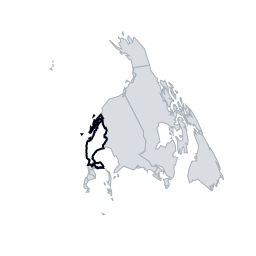 where Mexico sits in North America, rotated 64°
{"feature_id": "MEX", "entity_name": "Mexico", "entity_type": "country or territory", "adm_level": 0, "iso_a3": "MEX", "parent_name": "North America", "parent_adm1": "", "projection": "robinson", "projection_center": [-103.635, 23.63], "detail": "fine", "context": "in_parent", "style": "outline", "palette": "ink", "viewbox_px": 256, "rotation_deg": 64, "n_neighbors": 17, "source": "natural_earth", "source_scale": "50m", "svg_char_len": 13737}
<svg xmlns="http://www.w3.org/2000/svg" viewBox="0 0 256 256"><g transform="rotate(64 128 128)"><path d="M97.6,116.3L93.9,113.7L91.4,113.0L91.2,110.3L88.1,106.8L89.3,104.0L83.3,97.3L80.3,98.8L76.2,96.4L80.9,81.0L85.8,82.3L95.0,80.9L96.4,79.8L98.9,81.4L100.7,80.3L100.6,81.5L104.1,80.8L111.3,82.3L112.8,83.1L111.1,83.9L113.2,84.2L117.6,83.7L118.8,84.7L120.2,83.9L119.0,83.2L119.8,82.7L122.2,82.4L127.9,84.3L131.5,84.1L131.3,83.1L132.4,82.8L134.3,83.3L134.4,84.8L136.4,82.0L133.7,80.4L133.6,78.7L134.9,77.6L137.7,78.5L139.5,80.2L138.5,81.0L140.8,81.3L140.9,83.0L142.4,81.7L144.0,82.7L143.8,83.9L145.1,85.0L146.9,82.5L146.7,80.7L150.2,81.1L151.9,81.9L151.4,83.5L152.4,85.1L147.2,86.0L145.6,88.9L141.6,90.8L137.4,95.4L137.1,98.7L139.1,99.0L140.5,101.9L154.5,105.3L155.2,108.6L158.8,112.3L160.3,109.9L158.0,106.1L161.9,102.9L158.6,99.0L159.8,97.1L158.0,93.0L163.4,92.8L169.5,95.1L170.8,98.7L173.3,100.0L176.4,96.3L182.3,102.1L182.0,103.2L189.0,106.2L191.9,108.6L192.6,110.6L187.4,114.0L178.3,114.1L172.6,120.2L180.6,115.9L182.0,116.7L180.9,118.0L182.5,121.3L184.6,122.2L187.0,121.9L188.0,119.9L189.5,121.9L182.1,126.2L181.0,126.1L180.6,124.5L182.9,123.0L179.0,123.3L177.4,119.8L175.2,119.1L172.6,123.5L167.6,123.6L157.1,129.7L156.0,129.1L157.2,126.2L156.2,122.9L147.2,117.5L142.5,117.8L137.9,115.6L97.6,116.3ZM150.4,92.8L151.2,92.0L153.0,92.0L151.7,93.3L150.4,92.8ZM152.4,76.3L150.9,75.0L156.4,76.3L154.0,76.2L152.4,76.3ZM156.2,94.1L155.6,92.9L156.6,93.3L156.2,94.1ZM136.3,73.0L135.8,73.6L132.8,73.1L134.8,72.1L136.3,73.0ZM135.6,69.5L133.2,69.5L132.8,69.1L135.0,69.1L135.6,69.5ZM130.4,67.7L133.7,68.3L131.9,69.1L130.4,67.7ZM151.6,73.1L137.7,73.2L135.8,71.2L132.2,70.6L138.2,70.5L141.1,72.2L149.9,72.0L151.6,73.1ZM115.6,68.8L118.6,68.9L114.7,69.2L115.6,68.8ZM117.0,67.7L118.9,68.0L115.9,68.3L117.0,67.7ZM193.1,112.1L192.2,114.8L197.2,115.8L197.1,117.2L198.0,116.8L199.2,118.9L199.0,120.5L197.3,120.3L196.8,118.5L195.5,120.1L193.9,118.8L189.6,118.8L190.9,113.2L193.1,112.1ZM147.2,87.3L153.1,90.2L155.0,90.6L151.1,90.0L148.3,91.8L146.0,91.0L147.2,87.3ZM151.6,77.4L154.7,76.4L166.1,79.7L169.0,81.8L167.0,82.6L176.4,85.5L174.9,88.5L170.7,86.3L169.1,86.5L169.3,87.4L174.7,91.2L174.6,92.4L169.3,90.6L173.5,93.7L169.9,93.0L161.3,89.1L156.7,89.2L157.3,88.0L162.1,87.8L163.0,84.9L161.9,83.6L154.3,80.3L142.8,79.9L141.7,79.4L142.9,78.7L141.2,78.7L140.6,77.2L142.4,75.2L145.3,74.8L144.6,75.8L145.7,76.7L149.2,74.9L151.5,76.4L151.6,77.4ZM133.8,75.3L137.8,74.3L140.0,74.7L134.7,77.4L133.8,75.3ZM104.3,71.5L108.7,69.5L111.9,69.4L110.6,70.9L104.3,71.5ZM84.3,108.4L86.3,107.1L85.5,109.1L86.5,110.6L84.3,108.4ZM123.3,67.1L128.1,67.8L129.4,69.0L123.6,68.3L124.6,67.9L123.3,67.1ZM96.5,117.2L93.5,116.6L90.1,113.1L93.7,113.9L96.5,117.2ZM101.4,74.1L109.6,74.2L111.8,75.3L107.4,76.7L105.7,78.4L102.5,79.2L99.5,77.7L102.3,75.0L101.4,74.1ZM118.8,70.5L122.9,72.3L115.6,73.9L113.8,73.4L116.2,72.8L109.7,72.7L112.5,71.0L119.2,72.3L117.8,71.0L118.8,70.5ZM119.8,75.9L123.2,76.5L124.2,79.0L128.2,81.2L126.3,81.3L126.7,82.5L122.4,81.8L113.6,82.9L109.0,80.6L114.9,80.0L108.4,79.7L107.9,79.2L110.7,78.6L106.9,78.2L112.1,75.5L113.2,75.8L112.6,76.5L118.1,76.1L119.9,78.0L120.5,77.4L119.8,75.9ZM128.9,76.4L127.6,75.5L132.3,74.9L131.6,76.0L133.3,76.7L133.2,78.0L131.3,78.6L126.5,76.7L128.9,76.4ZM121.9,75.1L123.4,75.0L124.2,75.4L123.2,76.4L121.9,75.1ZM126.4,71.2L131.6,71.3L131.3,73.0L126.5,72.2L126.4,71.2ZM132.3,65.9L136.5,64.7L143.6,67.0L140.6,68.5L136.5,68.4L135.3,67.8L136.0,67.0L132.3,65.9ZM137.2,64.0L148.9,62.7L166.2,63.2L161.1,64.5L163.3,64.5L158.5,66.4L152.8,67.0L154.3,67.2L153.7,67.5L154.8,68.1L150.8,70.0L152.9,70.5L150.3,71.4L140.5,71.0L142.2,70.0L141.5,69.0L145.1,69.5L141.7,68.4L144.4,67.0L142.2,65.8L147.3,65.6L141.5,65.5L137.2,64.0ZM159.8,84.6L157.8,85.2L157.3,84.4L158.7,83.3L159.8,84.6ZM131.6,80.3L134.7,81.9L134.0,82.5L129.8,81.5L131.6,80.3ZM181.1,114.7L183.6,115.0L185.3,116.1L182.6,115.6L181.1,114.7ZM182.9,119.9L183.6,120.7L186.0,120.9L185.0,121.8L182.9,121.0L182.9,119.9Z" fill="#d9dde1" stroke="#a8b0b8" stroke-width="1"/><path d="M97.6,116.3L137.9,115.6L142.5,117.8L147.2,117.5L156.2,122.9L156.7,129.7L167.6,123.6L172.6,123.5L175.2,119.1L177.4,119.8L179.4,123.9L175.0,126.0L174.3,128.5L175.8,129.7L170.4,131.0L173.0,131.0L170.0,131.4L169.0,134.7L167.9,133.7L168.9,135.7L167.7,137.9L166.8,134.3L167.0,136.3L165.9,136.0L168.4,141.0L160.3,148.7L162.8,157.2L162.4,160.3L160.2,159.1L156.7,151.5L154.5,152.0L152.4,150.6L147.4,151.1L147.7,152.9L139.4,152.3L135.5,155.4L135.0,159.1L132.6,158.1L129.4,152.5L124.7,152.7L120.7,148.1L113.6,148.9L107.9,146.3L104.1,146.6L102.0,143.9L98.8,142.8L93.8,132.2L95.4,122.6L94.8,117.8L97.0,118.0L97.6,119.7L97.6,116.3ZM80.9,81.0L76.2,96.4L80.3,98.8L83.3,97.3L89.3,104.0L88.2,105.9L84.5,100.1L81.1,100.0L77.4,97.7L68.6,95.4L67.0,95.8L66.9,96.9L61.5,98.3L64.2,94.7L58.6,98.0L59.3,98.9L57.6,100.1L50.6,103.8L40.7,106.3L50.9,102.1L54.3,98.8L47.6,99.2L47.8,96.9L44.5,96.0L44.3,94.4L45.2,93.4L47.6,91.6L52.9,90.6L52.4,89.5L53.6,88.9L48.1,89.4L45.2,87.4L50.4,86.0L53.5,86.7L49.1,83.1L50.3,82.3L63.7,78.5L80.9,81.0ZM39.0,90.6L40.5,90.7L42.5,91.4L41.1,91.9L39.0,90.6ZM40.4,170.5L42.4,170.9L40.9,172.0L40.4,170.5ZM39.7,168.1L40.0,168.9L39.6,168.3L39.7,168.1ZM38.7,167.7L39.5,168.0L38.6,167.9L38.7,167.7ZM37.3,167.5L38.1,167.5L37.3,167.5ZM35.1,165.8L35.3,166.5L34.8,166.1L35.1,165.8ZM41.5,96.5L43.9,96.4L43.7,97.0L41.5,96.5ZM56.6,101.3L60.1,101.1L56.5,102.1L56.6,101.3Z" fill="#d9dde1" stroke="#a8b0b8" stroke-width="1"/><path d="M176.8,170.5L177.0,173.6L172.5,173.1L175.9,172.5L174.4,170.1L176.8,170.5Z" fill="#d9dde1" stroke="#a8b0b8" stroke-width="1"/><path d="M177.5,174.5L177.0,170.2L182.4,172.6L178.6,172.9L177.5,174.5Z" fill="#d9dde1" stroke="#a8b0b8" stroke-width="1"/><path d="M164.6,158.0L166.3,157.2L166.4,157.7L164.6,158.0ZM166.4,156.9L167.7,157.7L167.5,159.0L167.1,157.8L166.4,156.9ZM165.6,161.5L166.4,160.4L167.1,163.0L165.6,161.5Z" fill="#d9dde1" stroke="#a8b0b8" stroke-width="1"/><path d="M180.9,63.2L188.0,62.2L199.1,62.2L206.2,63.1L196.0,63.7L206.3,64.2L206.0,64.8L212.3,64.0L216.8,64.7L210.4,65.9L212.9,66.0L212.8,67.8L214.4,69.4L216.7,70.3L213.7,70.8L216.5,71.5L218.0,72.7L216.9,72.8L219.4,74.1L215.9,75.5L218.7,77.2L215.7,77.0L219.8,78.3L221.2,79.5L219.4,79.8L215.9,78.4L217.1,79.4L216.3,80.2L221.2,80.3L204.6,87.8L204.5,91.1L203.0,92.4L204.2,93.7L204.3,96.7L197.4,95.4L191.1,90.8L185.8,85.0L187.7,80.6L183.4,81.1L182.9,79.3L186.5,79.7L180.6,78.0L181.2,76.6L174.7,72.3L163.5,71.5L159.8,70.2L164.6,69.7L157.2,68.8L164.4,66.9L164.5,66.4L161.6,66.0L166.7,64.7L165.9,64.2L177.6,63.4L184.1,64.3L180.9,63.2Z" fill="#d9dde1" stroke="#a8b0b8" stroke-width="1"/><path d="M168.3,191.1L167.5,193.8L165.4,190.5L162.5,193.8L159.3,192.2L159.1,189.6L161.6,190.9L165.5,189.5L168.3,191.1Z" fill="#d9dde1" stroke="#a8b0b8" stroke-width="1"/><path d="M159.8,189.4L159.1,191.9L154.7,188.7L154.2,187.0L157.9,186.9L159.8,189.4Z" fill="#d9dde1" stroke="#a8b0b8" stroke-width="1"/><path d="M157.9,186.9L154.5,186.6L151.3,183.2L155.7,179.7L158.6,179.3L157.9,186.9Z" fill="#d9dde1" stroke="#a8b0b8" stroke-width="1"/><path d="M158.6,179.3L155.7,179.7L151.9,183.1L148.5,180.4L150.8,177.7L155.5,177.5L158.6,179.3Z" fill="#d9dde1" stroke="#a8b0b8" stroke-width="1"/><path d="M148.5,180.4L151.2,181.6L150.9,182.8L147.3,181.7L148.5,180.4Z" fill="#d9dde1" stroke="#a8b0b8" stroke-width="1"/><path d="M143.8,180.2L144.5,177.3L146.6,177.3L145.0,175.1L145.7,174.1L148.7,174.1L148.6,177.7L150.3,178.0L148.5,180.4L147.3,181.7L143.8,180.2Z" fill="#d9dde1" stroke="#a8b0b8" stroke-width="1"/><path d="M148.7,174.1L150.4,173.1L149.1,177.7L148.6,177.7L148.7,174.1Z" fill="#d9dde1" stroke="#a8b0b8" stroke-width="1"/><path d="M184.4,172.7L186.9,173.3L184.3,173.8L184.4,172.7Z" fill="#d9dde1" stroke="#a8b0b8" stroke-width="1"/><path d="M166.2,173.3L168.5,173.0L169.7,173.9L166.2,173.3Z" fill="#d9dde1" stroke="#a8b0b8" stroke-width="1"/><path d="M159.5,164.1L165.9,165.3L172.8,169.5L167.0,170.3L168.1,169.2L165.4,167.0L160.3,165.1L155.3,166.5L159.5,164.1Z" fill="#d9dde1" stroke="#a8b0b8" stroke-width="1"/><path d="M193.5,188.5L195.2,187.0L195.1,188.4L193.5,188.5Z" fill="#d9dde1" stroke="#a8b0b8" stroke-width="1"/><path d="M104.1,146.6L107.9,146.3L107.7,146.7L113.6,148.9L118.0,148.9L118.0,148.0L120.8,148.1L121.3,148.7L121.5,148.8L122.2,149.5L123.2,150.3L123.6,151.1L123.6,151.4L123.6,151.6L124.0,152.2L124.6,152.6L124.9,152.7L125.8,153.2L126.1,153.1L126.4,152.8L126.6,152.0L126.8,151.8L127.0,151.8L127.2,151.6L127.4,151.6L127.8,151.7L128.5,151.7L128.7,151.8L129.8,152.9L130.4,154.2L130.5,154.5L130.8,154.8L131.4,155.6L131.8,155.9L131.8,156.3L131.9,156.6L131.9,156.8L132.2,157.4L132.4,158.0L133.0,158.2L133.1,158.3L133.6,158.5L133.8,158.6L134.5,158.7L134.9,158.8L135.2,159.1L135.4,158.9L135.6,158.9L135.5,159.3L135.0,160.7L134.8,161.8L134.7,163.0L134.7,164.5L134.5,165.1L134.5,165.3L134.7,166.1L135.0,166.6L135.4,167.1L135.2,167.6L135.3,167.1L134.9,166.7L134.7,166.2L134.9,167.0L135.1,167.2L135.6,168.5L136.8,170.2L137.1,171.2L137.6,171.8L137.7,172.0L137.9,172.2L137.7,172.1L138.2,172.4L138.3,172.4L138.0,172.3L138.3,172.4L138.9,172.4L139.2,172.7L139.5,172.8L139.9,173.4L140.1,173.4L140.5,173.4L141.5,172.9L142.2,172.9L142.6,172.8L142.8,172.7L143.3,172.5L144.1,172.4L144.2,172.5L144.4,172.8L144.8,172.9L145.2,172.6L145.2,172.4L145.1,172.2L144.9,172.2L145.0,172.1L145.7,171.6L146.1,171.2L146.1,170.5L146.5,170.1L146.4,169.0L146.6,168.1L147.5,167.6L149.0,167.4L149.7,167.1L150.4,167.0L151.6,167.3L151.8,167.2L151.7,167.1L151.4,167.1L151.8,167.0L152.0,167.0L152.3,167.3L152.3,167.7L152.4,167.8L152.2,168.5L151.7,169.0L151.4,169.6L151.3,169.8L151.4,170.3L151.2,170.4L151.0,170.7L151.1,170.8L151.4,170.8L151.3,171.0L151.1,171.2L151.1,171.4L151.3,171.3L151.1,172.2L151.0,172.5L150.9,173.1L150.7,173.2L150.6,172.9L150.5,172.4L150.5,172.2L150.4,172.2L150.2,172.4L150.2,172.5L150.1,172.8L149.7,172.9L149.6,173.2L149.3,173.8L149.1,173.9L148.9,173.7L148.7,173.8L148.7,174.1L145.7,174.1L145.7,175.1L145.1,175.1L145.8,175.8L146.2,176.1L146.3,176.5L146.7,176.7L146.7,177.3L144.6,177.3L143.8,178.8L144.0,179.2L143.9,179.4L143.9,179.6L143.9,179.9L143.8,180.2L142.8,179.0L142.3,178.5L141.0,177.3L140.3,176.9L140.2,176.9L140.2,177.0L140.6,177.2L140.9,177.4L140.1,177.1L139.8,177.1L139.9,176.9L139.6,176.9L139.4,176.7L139.2,176.9L139.6,177.1L139.0,177.1L138.5,177.5L138.0,177.7L137.3,178.0L136.8,178.1L136.3,178.0L135.7,177.6L134.8,177.5L134.1,177.1L133.5,176.9L133.1,176.4L131.6,176.1L131.1,175.7L129.7,175.2L128.9,174.6L128.7,174.4L128.0,173.8L127.5,173.8L126.7,173.6L125.5,173.1L124.8,172.2L124.0,171.7L123.1,171.3L122.8,170.8L122.5,170.5L122.2,170.0L121.9,169.3L122.1,169.1L122.4,169.0L122.6,168.9L122.6,168.7L122.2,168.5L122.6,167.9L122.7,167.2L122.3,167.0L122.0,166.3L122.0,165.7L121.7,165.1L120.8,164.0L120.5,163.6L119.9,162.8L118.6,161.7L119.0,161.9L119.0,161.6L118.5,161.5L118.3,161.4L118.2,161.2L117.8,160.5L118.0,160.6L117.6,160.3L117.1,160.0L117.0,159.9L117.0,159.7L116.6,159.8L116.5,159.6L116.8,159.3L116.6,159.5L116.3,159.6L116.1,159.5L116.0,159.3L116.0,158.8L116.3,158.2L116.5,158.3L116.3,158.2L116.2,157.8L115.9,157.5L115.5,157.5L115.2,157.2L115.2,156.8L114.6,156.6L114.3,156.4L114.2,156.1L114.1,155.7L114.3,155.3L113.9,155.2L113.6,155.3L113.3,155.1L113.1,154.9L112.8,154.4L112.4,154.2L112.0,153.6L111.7,153.2L111.6,152.7L111.4,152.6L111.3,152.2L110.8,151.4L110.7,150.8L110.4,150.1L110.3,149.9L110.3,149.6L110.3,149.4L110.4,149.2L109.5,148.9L109.5,148.6L109.3,148.5L109.0,148.3L108.9,148.5L108.7,148.6L107.5,147.8L107.6,148.0L107.7,148.3L107.6,148.5L107.5,149.2L107.7,149.6L107.8,149.9L107.9,150.4L107.8,150.9L108.0,151.3L108.2,151.7L108.5,151.9L109.2,152.5L109.5,153.0L109.6,153.4L109.8,153.3L109.9,153.6L110.0,153.6L110.2,154.1L110.6,154.3L110.6,154.5L110.6,154.9L110.7,155.1L110.7,155.4L111.0,155.7L111.4,156.0L111.6,156.6L111.9,156.8L111.9,157.0L112.1,157.2L112.1,157.6L112.3,157.7L112.2,157.4L112.2,157.2L112.6,157.5L112.7,157.9L112.7,158.1L112.9,158.6L113.0,159.2L113.2,159.6L113.4,159.7L113.6,160.4L113.9,160.9L113.8,161.4L113.9,161.9L114.1,162.1L114.3,162.2L114.4,162.4L114.5,162.2L114.6,161.9L115.0,162.2L115.3,162.7L115.5,162.9L115.5,163.2L115.8,163.3L115.9,163.5L115.8,164.1L115.3,164.5L115.0,164.6L114.8,164.4L114.7,163.8L114.4,163.3L114.0,163.0L113.3,162.3L112.7,161.9L112.3,161.5L112.1,161.5L112.0,161.3L111.7,161.0L111.6,160.6L111.7,159.8L111.6,159.0L111.3,158.4L110.8,158.2L110.2,157.7L110.0,157.1L109.8,157.3L109.6,157.3L109.3,157.5L108.9,157.0L108.7,157.0L108.5,156.8L108.0,156.5L107.9,156.1L107.2,155.6L107.1,155.4L107.8,155.5L108.0,155.5L108.3,155.3L108.3,155.5L108.5,155.7L108.5,155.4L108.5,155.2L108.3,155.2L108.6,154.7L108.7,154.3L108.5,154.0L107.3,152.6L107.0,152.4L106.2,151.8L106.1,151.5L106.0,151.4L106.0,150.8L105.9,150.7L105.7,150.6L105.6,149.9L105.3,149.6L105.2,149.1L104.7,148.4L104.7,148.2L104.8,148.1L104.8,147.9L104.5,147.6L104.4,147.3L104.2,147.0L104.1,146.6ZM111.6,153.2L111.5,153.7L111.1,153.5L111.2,152.9L111.3,152.8L111.5,152.8L111.6,153.2ZM110.1,153.1L109.6,152.7L109.5,152.2L109.7,152.3L109.8,152.6L110.1,152.7L110.1,153.1ZM152.4,168.9L152.1,169.5L152.0,169.3L152.1,169.1L152.4,168.9ZM111.7,161.5L111.5,161.3L111.5,161.2L111.3,161.1L111.5,160.8L111.6,160.1L111.6,160.3L111.5,161.0L111.7,161.5ZM106.9,154.8L106.9,155.0L106.6,154.9L106.8,154.7L106.7,154.4L106.8,154.4L106.9,154.8ZM102.1,153.3L101.8,153.0L101.9,152.9L102.0,152.9L102.1,153.3ZM112.3,161.8L111.8,161.5L112.0,161.5L112.3,161.8ZM120.6,167.0L120.4,167.1L120.4,166.8L120.5,166.9L120.6,167.0ZM114.1,160.7L114.1,160.9L114.0,160.7L113.9,160.5L114.1,160.7ZM113.3,158.7L113.3,158.9L113.2,158.8L113.1,159.1L113.2,158.7L113.3,158.7ZM113.4,172.3L113.2,172.3L113.3,172.1L113.4,172.3ZM144.6,172.5L144.4,172.5L144.7,172.3L144.8,172.3L144.6,172.5ZM115.3,162.3L115.2,162.2L115.2,161.9L115.3,162.2L115.3,162.3Z" fill="none" stroke="#020617" stroke-width="2"/></g></svg>